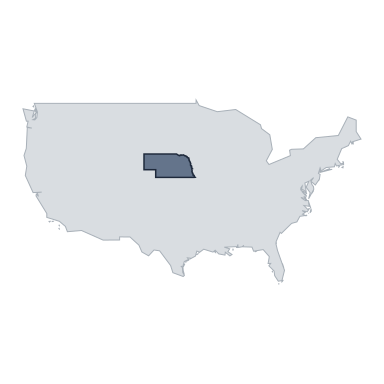 location of Nebraska within United States of America
{"feature_id": "USA-3532", "entity_name": "Nebraska", "entity_type": "State", "adm_level": 1, "iso_a3": "USA", "parent_name": "United States of America", "parent_adm1": "", "projection": "mercator", "projection_center": [-97.897, 41.5], "detail": "fine", "context": "in_parent", "style": "filled", "palette": "slate", "viewbox_px": 384, "rotation_deg": 0, "n_neighbors": 0, "source": "natural_earth", "source_scale": "10m", "svg_char_len": 6791}
<svg xmlns="http://www.w3.org/2000/svg" viewBox="0 0 384 384"><path d="M315.8,137.7L338.3,135.5L347.8,116.9L356.2,120.1L356.2,131.6L361.0,139.1L352.4,141.8L351.9,143.8L350.6,141.2L348.4,145.6L341.7,148.6L337.2,159.3L340.8,163.8L343.3,163.3L342.7,161.3L343.5,162.2L343.6,164.5L336.5,165.9L335.2,163.5L334.4,166.8L326.2,167.5L320.0,171.7L320.7,169.3L320.1,167.8L318.4,173.4L320.1,174.4L319.4,179.1L315.3,185.0L311.0,181.3L313.6,177.6L310.6,180.2L311.8,184.3L313.5,186.7L313.8,189.3L308.6,198.8L310.2,192.8L306.2,187.2L308.9,181.2L304.9,183.0L306.2,191.9L302.3,189.2L301.0,189.5L302.2,186.7L302.2,185.9L300.8,188.0L300.7,189.9L306.6,193.3L305.3,194.9L302.7,191.8L301.7,191.3L305.0,195.0L306.4,195.7L305.5,197.9L303.8,196.2L306.5,199.5L305.8,199.9L304.5,198.3L300.9,197.5L305.3,200.6L308.2,200.5L310.9,208.5L308.5,202.4L309.2,206.3L303.9,205.5L307.7,209.4L309.6,208.3L307.2,211.8L302.1,210.6L305.2,212.4L302.5,214.2L305.6,215.5L299.9,216.3L296.9,221.9L291.6,223.4L281.4,233.4L280.1,232.3L276.2,241.4L275.9,243.6L277.5,250.5L284.5,270.3L281.9,280.6L278.3,281.2L274.7,275.7L274.1,271.1L268.9,265.8L270.7,263.4L268.1,263.5L269.3,256.6L263.2,249.6L253.6,251.2L252.0,247.1L242.6,246.8L243.8,245.2L242.2,246.8L237.9,247.5L237.9,244.4L237.2,246.6L224.3,247.2L229.7,248.8L227.9,251.7L232.0,254.5L229.9,255.9L225.3,252.2L225.0,255.1L218.7,253.9L215.2,250.2L213.0,252.1L203.7,249.2L198.4,253.2L199.7,252.1L196.8,251.1L195.4,256.1L189.7,259.2L191.0,258.3L187.4,257.8L188.6,259.4L184.3,261.5L182.7,266.9L180.8,266.1L182.4,267.5L182.7,272.4L184.4,275.4L183.2,276.5L172.9,272.7L170.6,265.5L159.6,250.8L154.0,250.0L148.6,255.8L141.9,252.0L138.9,245.1L130.0,237.0L119.6,236.9L119.6,240.0L103.1,240.1L81.5,230.5L67.4,231.7L65.4,226.4L59.4,221.3L46.8,217.4L46.8,213.5L36.0,195.9L36.3,194.0L38.5,196.4L37.1,192.5L41.7,192.1L33.1,192.6L25.3,175.5L26.8,166.2L24.0,155.5L26.3,148.4L27.3,127.5L31.8,128.1L26.8,127.0L28.1,121.2L26.4,121.2L23.0,108.8L34.3,111.0L32.2,117.5L35.8,112.9L35.5,118.3L32.9,119.7L34.8,119.9L36.8,117.6L37.5,112.1L34.3,103.4L196.0,103.4L196.1,100.0L199.2,105.6L217.3,111.7L235.7,109.5L260.5,124.8L261.5,128.6L269.8,134.8L272.3,149.4L266.3,160.8L269.0,164.5L290.4,155.6L289.6,150.2L291.5,149.3L303.4,148.9L315.8,137.7ZM328.6,169.8L332.2,169.3L319.7,172.5L330.0,168.5L328.6,169.8ZM35.2,108.8L36.8,112.3L36.7,112.9L34.6,110.2L35.2,108.8ZM184.3,274.6L182.9,270.3L183.0,267.8L183.2,270.4L184.3,274.6ZM353.3,142.2L353.2,143.9L352.6,143.5L353.3,142.2ZM215.3,251.5L215.5,252.5L214.5,251.7L215.3,251.5ZM51.7,221.7L53.1,221.1L53.3,221.3L51.7,221.7ZM50.2,221.3L49.6,222.0L49.1,221.4L50.2,221.3ZM339.7,166.2L338.7,167.2L338.5,166.9L339.7,166.2ZM183.8,265.5L183.0,267.5L184.9,263.7L183.8,265.5ZM282.5,263.8L283.8,267.7L282.2,263.5L282.5,263.8ZM59.1,225.1L59.7,226.3L59.0,225.2L59.1,225.1ZM282.5,281.2L281.4,282.4L283.3,279.9L282.5,281.2ZM311.3,211.1L310.0,212.8L311.1,208.8L311.3,211.1ZM33.6,105.9L33.7,106.9L33.0,106.4L33.6,105.9ZM188.7,260.2L186.7,261.1L188.8,259.9L188.7,260.2ZM343.1,166.6L343.0,167.8L342.0,167.5L343.1,166.6ZM59.1,228.3L59.6,229.6L58.9,228.4L59.1,228.3ZM186.2,261.9L185.4,262.4L186.1,261.6L186.2,261.9ZM313.3,191.2L311.8,193.5L313.5,190.3L313.3,191.2ZM197.8,254.1L196.4,254.9L198.3,253.5L197.8,254.1ZM276.5,242.5L276.2,244.1L276.1,243.0L276.5,242.5ZM306.1,215.8L305.6,216.1L307.0,214.8L306.1,215.8ZM257.0,250.9L255.5,251.7L254.8,251.6L257.0,250.9ZM237.3,247.2L237.0,247.5L236.1,247.5L237.3,247.2ZM272.4,271.3L272.6,272.4L272.1,271.0L272.4,271.3ZM233.2,249.5L232.9,250.6L232.9,248.7L233.2,249.5ZM279.0,283.9L278.1,284.0L279.3,283.7L279.0,283.9ZM319.1,179.9L318.4,181.0L319.3,179.4L319.1,179.9ZM309.0,213.1L308.4,213.5L309.0,213.1Z" fill="#d9dde1" stroke="#a8b0b8" stroke-width="1"/><path d="M144.0,169.7L144.0,168.8L144.0,167.8L144.0,166.8L144.0,165.8L144.0,164.9L144.0,163.9L144.0,162.9L144.0,161.9L144.0,160.9L144.0,159.9L144.0,159.0L144.0,158.0L144.0,157.0L144.0,156.0L144.0,155.0L144.0,154.0L145.1,154.0L146.1,154.0L147.1,154.0L148.1,154.0L149.1,154.0L150.1,154.0L151.1,154.0L152.1,154.0L153.1,154.0L154.1,154.0L155.1,154.0L156.1,154.0L157.1,154.0L158.1,154.0L159.1,154.0L160.1,154.0L161.1,154.0L162.1,154.0L163.1,154.0L164.1,154.0L165.1,154.0L166.1,154.0L167.1,154.0L168.0,154.0L169.0,154.0L170.0,154.0L171.0,154.0L172.0,154.0L173.0,154.0L174.0,154.0L175.0,154.0L176.0,154.0L176.5,154.0L177.4,154.6L177.5,154.6L177.7,154.8L178.0,155.0L178.8,155.4L178.9,155.5L179.4,155.7L179.5,155.7L179.9,155.6L180.0,155.3L180.0,155.2L180.3,155.0L180.7,155.1L181.0,155.0L181.3,155.2L181.6,155.0L182.2,155.1L182.3,155.1L183.5,154.9L183.8,155.0L184.0,155.3L184.3,155.5L184.5,155.7L185.0,155.7L185.1,155.8L185.3,155.8L185.5,156.0L186.1,156.1L186.3,156.2L186.3,156.3L186.4,156.5L186.5,156.5L186.8,156.5L187.0,156.6L187.0,156.8L187.0,157.0L187.3,157.2L187.3,157.4L187.4,157.5L187.5,157.7L188.3,157.8L188.5,157.9L188.8,158.0L188.9,158.3L188.8,158.7L188.8,159.0L189.0,159.2L189.0,159.4L189.1,159.6L189.2,159.9L189.1,160.0L189.1,160.3L189.1,160.5L189.4,160.7L189.5,160.8L189.6,161.0L189.6,161.3L189.6,161.5L189.8,161.7L190.0,161.8L190.2,162.0L190.3,162.3L190.2,162.6L190.3,162.9L190.3,163.0L190.7,163.3L190.7,163.5L190.7,163.8L190.6,164.0L190.5,164.3L190.5,164.7L190.5,164.9L190.6,165.0L190.6,165.3L190.6,165.5L190.8,165.6L191.0,165.4L191.1,165.5L191.1,165.8L191.1,166.0L191.4,166.1L191.5,166.1L191.5,166.5L191.4,167.1L191.5,167.2L191.7,167.3L191.8,167.3L191.8,167.5L191.7,167.6L191.6,168.0L191.9,168.3L192.0,168.4L191.8,168.4L191.9,168.6L191.9,168.8L191.8,169.1L191.8,169.3L191.9,169.5L192.0,169.8L192.0,170.1L192.1,170.4L192.1,170.6L192.1,170.9L192.0,171.1L192.1,171.3L192.0,171.5L191.9,171.6L191.9,171.8L192.0,172.0L192.3,172.3L192.5,172.5L192.5,172.8L192.4,173.0L192.5,173.2L192.5,173.3L192.8,173.4L192.9,173.5L192.9,173.9L193.0,174.0L193.1,174.3L193.2,174.5L193.3,174.8L193.2,174.9L193.1,175.0L193.3,175.1L193.5,175.1L193.7,175.3L193.8,175.4L193.9,175.5L194.1,175.5L194.1,175.9L194.3,176.1L194.4,176.3L194.6,176.5L194.5,176.8L194.5,177.0L194.9,177.2L195.0,177.3L193.9,177.4L192.7,177.4L191.4,177.4L190.2,177.4L189.0,177.4L187.7,177.4L186.5,177.4L185.3,177.4L184.1,177.4L182.8,177.4L181.6,177.4L180.4,177.4L179.2,177.4L177.9,177.4L176.7,177.4L175.5,177.4L174.3,177.4L173.0,177.4L171.8,177.4L170.6,177.4L169.3,177.4L168.1,177.4L166.9,177.4L165.7,177.4L164.4,177.4L163.2,177.4L162.0,177.4L160.8,177.4L159.5,177.4L158.3,177.4L157.1,177.4L155.7,177.4L155.7,177.0L155.7,176.5L155.7,176.0L155.7,175.5L155.7,175.0L155.7,174.6L155.7,174.1L155.7,173.6L155.7,173.1L155.7,172.6L155.7,172.2L155.7,171.7L155.7,171.2L155.7,170.7L155.7,170.2L155.7,169.7L155.3,169.7L154.6,169.7L153.9,169.7L153.2,169.7L152.5,169.7L151.8,169.7L151.1,169.7L150.4,169.7L149.7,169.7L149.0,169.7L148.3,169.7L147.6,169.7L146.9,169.7L146.2,169.7L145.5,169.7L144.9,169.7L144.0,169.7Z" fill="#64748b" stroke="#1e293b" stroke-width="1.5"/></svg>